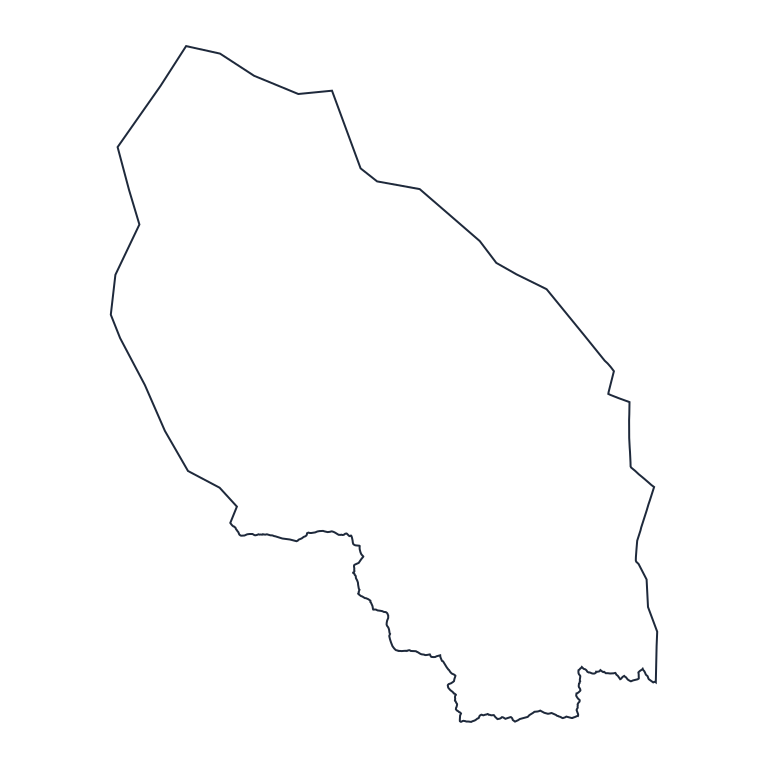 outline of Altai, Bayan-Ölgiy, Mongolia
{"feature_id": "93677404B43382334794440", "entity_name": "Altai", "entity_type": "district", "adm_level": 2, "iso_a3": "MNG", "parent_name": "Mongolia", "parent_adm1": "Bayan-Ölgiy", "projection": "orthographic", "projection_center": [89.76, 48.197], "detail": "fine", "context": "isolated", "style": "outline", "palette": "slate", "viewbox_px": 768, "rotation_deg": 0, "n_neighbors": 0, "source": "geoboundaries", "source_scale": "gbopen_adm2", "svg_char_len": 6109}
<svg xmlns="http://www.w3.org/2000/svg" viewBox="0 0 768 768"><path d="M546.6,289.2L516.4,274.3L496.3,262.9L479.8,241.1L419.7,189.1L377.1,181.4L360.6,168.4L332.0,90.7L298.3,94.0L254.1,75.8L220.0,53.6L186.1,46.1L160.4,86.1L117.6,147.1L129.0,189.8L139.4,224.5L115.4,274.8L110.8,314.7L120.1,338.1L144.9,385.1L164.9,430.9L188.0,471.0L219.6,487.7L236.9,506.6L230.3,522.9L231.2,524.2L232.3,525.5L233.4,526.4L234.2,526.6L234.5,527.0L235.4,527.6L235.8,528.7L236.4,529.7L237.0,530.3L237.2,530.8L238.3,532.1L239.3,534.5L240.1,535.2L240.8,535.6L241.4,535.7L244.5,535.5L247.2,534.3L249.6,534.0L252.5,534.0L254.4,535.1L255.2,535.3L256.8,535.0L258.6,534.3L259.4,534.6L261.0,534.5L262.1,534.7L262.9,534.2L263.7,534.5L265.5,534.6L266.9,534.3L270.4,535.3L272.3,535.4L273.2,535.7L274.1,536.1L275.3,536.3L282.3,538.5L289.9,539.5L296.5,541.2L297.7,540.7L298.6,539.7L301.7,538.4L303.7,536.9L305.3,536.3L306.1,535.7L306.4,535.5L306.9,534.4L307.0,533.3L308.4,532.6L309.9,533.0L311.3,533.0L315.2,532.4L317.3,531.5L319.4,531.1L323.0,530.9L324.6,531.4L327.6,532.1L330.0,531.8L331.3,531.4L332.0,531.4L333.6,531.9L335.2,532.7L338.6,534.8L340.6,534.9L341.3,534.7L342.3,535.0L343.4,534.9L344.0,534.7L344.4,534.3L345.3,533.7L346.5,533.5L346.9,533.7L349.1,535.9L349.5,536.1L350.2,536.0L350.7,535.6L351.1,535.6L351.5,536.2L352.0,537.8L352.6,540.6L352.8,542.4L353.2,543.9L353.9,544.6L355.0,545.2L355.9,545.4L359.3,545.7L359.7,546.0L359.6,547.8L359.7,549.3L360.5,552.4L361.4,554.4L363.3,556.5L363.2,556.8L361.3,559.1L358.7,562.9L355.1,564.5L354.3,565.0L354.0,565.8L354.0,566.6L354.3,568.3L354.2,570.3L354.4,570.7L354.4,571.3L354.1,572.0L353.2,572.5L353.1,572.8L353.4,573.1L354.6,574.1L354.8,575.0L355.5,575.6L355.8,576.4L355.8,577.2L356.0,578.3L357.1,580.3L357.9,582.5L358.0,583.2L358.1,584.6L358.8,588.6L359.0,589.1L359.5,589.7L358.6,592.2L358.8,592.7L358.8,592.9L358.2,593.7L358.6,594.2L360.9,596.0L362.3,596.5L364.9,598.1L366.0,598.2L368.3,599.2L370.3,600.6L370.5,601.0L370.3,601.9L370.9,602.5L372.5,606.1L373.0,609.1L373.3,609.6L374.5,609.5L376.0,609.6L377.5,610.4L380.5,610.8L382.4,611.2L383.8,611.9L385.8,612.1L386.8,612.8L387.4,613.5L387.9,614.9L388.2,615.4L388.2,618.0L387.1,620.7L386.7,622.8L386.6,624.6L387.0,625.7L388.3,627.5L388.8,628.8L389.1,629.9L389.5,632.7L389.7,633.3L390.1,633.9L389.3,635.7L389.3,636.3L390.0,639.3L391.0,642.4L392.5,646.2L394.2,648.5L395.6,649.9L396.1,650.2L398.0,650.6L398.2,650.9L399.1,651.0L399.6,650.9L401.9,651.1L402.5,651.0L405.3,650.8L406.1,651.0L406.3,650.8L407.5,650.8L408.0,650.4L409.4,650.2L409.8,650.3L410.6,650.9L411.5,651.0L415.8,651.2L416.1,651.3L416.7,651.8L417.3,651.9L420.5,653.9L421.6,654.3L424.0,654.6L424.9,655.0L425.8,655.1L427.9,654.8L429.8,654.4L430.9,656.5L431.4,656.9L433.6,657.1L435.2,657.0L436.5,656.3L440.2,655.3L440.4,657.1L441.8,660.5L442.0,660.9L443.1,661.4L446.7,667.3L448.5,669.7L449.0,670.0L450.2,671.9L451.4,673.2L451.7,673.5L454.1,674.6L455.4,675.6L455.4,676.0L454.4,679.0L454.0,681.1L453.1,681.9L451.0,683.3L448.7,684.1L448.0,684.8L447.8,685.2L447.8,685.8L448.0,686.4L448.1,687.3L448.4,687.9L448.8,688.4L450.4,690.2L452.5,691.8L453.5,692.8L453.7,693.4L454.5,693.6L455.3,694.2L455.9,694.7L455.9,694.9L455.4,695.4L455.1,696.1L455.0,697.5L455.2,698.8L454.9,700.4L455.0,700.8L455.5,701.1L456.2,702.7L457.0,703.9L457.1,704.6L456.6,706.8L456.0,708.0L455.9,709.3L456.9,710.5L458.3,711.3L459.0,712.0L460.3,712.6L461.0,713.5L460.1,715.5L459.8,720.1L459.9,721.2L460.8,721.8L461.1,721.8L462.7,721.0L463.6,720.8L464.3,721.0L465.2,721.1L466.2,721.5L468.0,721.5L471.2,721.9L472.3,721.3L474.7,720.5L476.0,719.7L477.5,718.5L478.6,718.2L479.7,715.7L481.1,714.8L481.6,714.7L482.9,715.2L483.4,715.3L484.9,714.8L486.8,714.4L487.5,714.0L488.1,714.2L488.8,714.8L489.7,714.8L491.2,715.3L493.8,715.1L495.7,717.5L496.4,717.9L497.0,718.7L497.6,719.1L499.9,718.6L500.9,718.1L501.8,717.2L502.5,717.2L503.3,717.5L505.4,718.8L510.5,717.1L511.1,717.2L512.2,718.3L512.8,720.0L515.0,721.6L517.9,720.3L519.9,719.0L527.7,716.9L529.4,715.1L533.3,712.7L534.4,711.8L537.5,711.5L538.8,711.2L540.2,710.6L544.3,712.8L548.0,713.8L550.6,713.3L551.2,713.0L551.8,713.1L556.1,715.0L556.5,715.4L557.3,715.9L558.1,716.0L558.7,716.4L560.1,716.8L561.0,717.2L561.5,717.6L562.8,718.1L565.2,717.3L566.3,716.6L571.6,718.0L572.4,718.0L572.8,717.9L573.2,717.5L574.5,717.2L577.5,715.9L577.9,716.0L578.2,715.0L578.0,713.9L577.5,712.6L576.6,710.1L576.8,709.3L577.5,708.1L577.7,707.7L577.6,706.2L577.8,705.2L577.6,704.3L578.5,702.7L579.4,701.8L579.6,701.3L579.7,700.3L579.6,700.0L578.0,698.6L576.5,696.4L576.2,695.6L576.3,694.5L576.5,693.4L577.1,693.3L578.4,692.5L580.2,690.8L580.4,690.4L580.2,689.2L579.5,687.9L579.0,687.3L578.7,686.1L579.0,683.5L579.5,683.2L579.7,682.8L579.7,681.8L580.2,681.2L579.8,680.2L579.8,679.8L580.1,677.9L580.3,676.1L579.7,675.1L579.0,674.4L578.9,674.1L578.5,673.1L578.4,671.4L578.5,670.2L579.5,669.5L580.3,668.5L581.3,667.8L581.8,667.0L583.6,668.8L585.2,669.3L585.9,669.8L586.5,670.4L587.4,671.8L588.8,672.5L589.6,672.4L592.0,673.4L593.1,673.6L594.6,673.5L595.9,672.6L596.1,671.7L597.2,671.8L599.2,671.4L599.8,671.0L600.4,670.1L602.6,671.8L603.3,672.1L603.9,671.8L604.1,671.8L605.8,673.2L607.9,673.2L610.1,673.5L613.6,673.3L615.3,672.9L615.7,673.3L616.3,674.6L617.8,675.8L620.2,679.2L621.1,678.7L622.6,676.9L624.2,675.9L625.1,676.8L626.0,677.3L627.2,678.9L628.2,679.9L630.2,681.0L630.9,681.3L633.1,680.4L637.6,679.3L638.7,678.6L638.8,678.4L638.7,675.3L638.7,674.2L638.4,672.6L638.4,672.4L639.8,671.0L642.2,669.4L642.7,668.8L643.2,670.0L644.3,671.2L645.1,672.8L645.9,674.7L647.6,676.2L648.4,678.5L648.8,679.2L653.2,682.4L654.4,681.8L655.0,682.0L655.3,681.9L655.8,682.3L656.6,646.1L657.2,631.7L648.0,607.0L646.6,579.5L638.6,564.0L636.2,561.7L635.8,560.4L635.9,557.1L636.5,549.0L637.2,540.7L640.5,530.4L641.2,527.5L642.2,524.4L646.6,510.7L648.5,504.3L649.8,500.5L654.1,487.0L651.5,485.1L644.4,478.9L638.7,474.2L635.3,471.0L631.2,467.6L630.6,466.5L630.5,462.5L630.0,451.9L629.7,447.7L629.2,438.0L629.1,420.2L629.3,414.2L629.5,402.1L618.5,398.1L610.6,395.0L608.3,393.9L608.6,392.1L613.9,371.2L610.9,367.2L607.6,363.4L604.7,360.7L585.6,337.0L546.6,289.2Z" fill="none" stroke="#1e293b" stroke-width="2"/></svg>